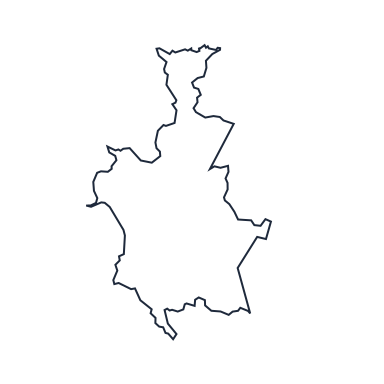 outline of Adansi Asokwa, Ashanti, Ghana, rotated 290°
{"feature_id": "2480657B45906044715427", "entity_name": "Adansi Asokwa", "entity_type": "district", "adm_level": 2, "iso_a3": "GHA", "parent_name": "Ghana", "parent_adm1": "Ashanti", "projection": "mercator", "projection_center": [-1.382, 6.167], "detail": "medium", "context": "isolated", "style": "outline", "palette": "slate", "viewbox_px": 384, "rotation_deg": 290, "n_neighbors": 0, "source": "geoboundaries", "source_scale": "gbopen_adm2", "svg_char_len": 1920}
<svg xmlns="http://www.w3.org/2000/svg" viewBox="0 0 384 384"><g transform="rotate(290 192 192)"><path d="M314.5,109.7L308.8,114.2L305.4,123.6L298.0,123.7L295.0,125.6L293.9,129.2L284.0,131.3L272.9,145.9L270.3,145.9L267.8,143.5L263.5,149.5L250.9,152.0L245.2,144.9L245.2,142.3L237.9,139.0L226.0,140.7L221.0,143.7L219.0,148.0L214.9,149.9L205.8,144.2L204.1,133.1L211.9,118.4L209.1,112.6L206.3,110.7L206.8,108.3L204.9,105.9L205.8,97.0L200.9,100.7L199.7,107.5L196.0,110.1L188.7,107.6L186.3,108.6L182.2,106.0L180.3,99.4L177.6,96.3L167.7,95.8L159.5,99.5L153.9,105.1L148.9,105.5L144.7,101.4L143.1,97.2L143.6,102.2L151.2,110.3L152.0,113.7L149.8,119.8L132.9,140.6L128.2,143.8L110.3,149.2L106.6,145.4L103.0,147.5L97.4,144.9L92.6,148.7L82.3,148.2L78.9,150.5L81.4,154.2L79.9,168.0L81.9,171.4L72.6,180.5L68.0,194.2L63.9,194.6L61.2,200.8L56.3,202.4L54.3,207.2L55.0,211.2L50.5,215.3L50.8,218.1L47.2,224.6L53.2,226.0L60.1,214.3L71.7,206.6L73.9,208.6L73.0,211.5L74.5,213.6L74.8,219.5L78.7,224.0L84.0,223.6L85.4,225.0L85.9,233.4L91.8,231.8L95.2,234.4L94.8,241.1L89.9,243.1L87.0,250.8L89.5,259.7L89.1,268.5L93.5,271.1L96.1,275.9L99.7,277.0L99.4,285.3L97.8,288.2L136.2,260.9L172.1,268.6L173.1,277.6L191.2,276.3L191.6,270.3L183.7,268.0L182.2,261.9L185.6,257.3L181.9,244.7L187.9,238.6L193.4,231.2L195.3,225.8L197.9,223.9L206.6,224.6L212.7,222.3L216.2,218.9L223.4,219.4L228.9,216.9L224.5,210.5L223.8,204.3L219.7,201.0L270.3,207.9L270.0,197.1L272.0,192.5L270.7,186.2L266.5,179.0L268.4,168.4L271.3,164.8L278.2,166.5L282.4,164.5L286.3,167.0L291.0,162.7L290.8,158.2L294.9,154.6L301.0,158.3L304.6,163.6L313.6,163.1L320.1,160.2L328.6,163.9L335.2,169.7L336.8,169.2L336.3,166.8L333.7,166.0L332.7,158.7L334.3,157.0L332.4,155.8L334.3,153.6L329.2,150.2L329.9,149.1L327.1,150.7L325.1,148.5L325.0,142.9L326.6,142.2L323.4,139.7L323.7,136.7L317.4,128.6L318.1,125.3L314.0,123.9L315.9,112.3L314.5,109.7Z" fill="none" stroke="#1e293b" stroke-width="2"/></g></svg>